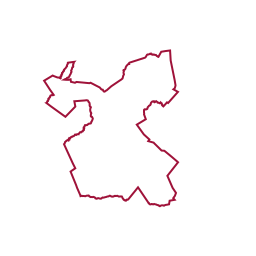 Laikipia West, Rift Valley, Kenya, rotated 240°
{"feature_id": "3690345B46461276162505", "entity_name": "Laikipia West", "entity_type": "district", "adm_level": 2, "iso_a3": "KEN", "parent_name": "Kenya", "parent_adm1": "Rift Valley", "projection": "robinson", "projection_center": [36.893, -0.075], "detail": "fine", "context": "isolated", "style": "outline", "palette": "rose", "viewbox_px": 256, "rotation_deg": 240, "n_neighbors": 0, "source": "geoboundaries", "source_scale": "gbopen_adm2", "svg_char_len": 5769}
<svg xmlns="http://www.w3.org/2000/svg" viewBox="0 0 256 256"><g transform="rotate(240 128 128)"><path d="M211.1,89.0L210.9,79.0L199.9,79.6L193.8,80.2L193.9,79.4L194.3,79.3L194.5,79.0L194.5,78.6L194.8,78.0L194.7,77.6L194.8,77.0L194.5,76.6L194.0,76.2L194.0,75.8L193.8,75.6L193.5,75.5L193.4,75.1L193.4,74.3L193.2,74.1L193.1,73.8L192.9,73.9L192.3,73.6L192.2,73.2L192.2,72.9L192.0,72.7L191.7,72.1L191.3,72.0L191.3,71.6L191.4,71.3L190.9,70.9L190.6,70.3L190.3,70.3L190.4,69.9L185.0,72.2L169.0,79.4L172.9,93.1L178.0,94.9L173.4,104.5L172.9,105.8L172.2,106.7L171.8,107.0L170.2,106.9L170.0,107.1L169.1,107.2L167.6,106.7L167.4,106.4L166.6,106.0L165.7,105.8L165.3,106.2L164.5,106.2L164.2,105.9L163.9,105.3L162.6,104.3L161.7,103.9L160.6,103.6L160.0,103.7L159.2,103.6L159.1,103.3L157.1,101.8L156.6,101.7L156.2,101.8L155.9,102.0L155.8,102.3L155.5,102.4L153.9,102.3L153.4,101.9L152.5,100.8L151.9,99.9L151.8,99.4L151.2,99.0L150.6,98.1L150.7,97.6L151.3,96.4L151.2,96.2L151.2,95.3L151.3,94.9L151.2,94.6L151.0,94.3L151.1,93.7L151.9,92.3L151.6,92.1L151.4,91.3L151.2,91.1L150.9,91.0L150.8,90.1L150.6,89.8L149.9,89.6L149.6,89.7L149.4,89.1L149.2,89.1L149.1,89.4L148.7,89.1L148.7,88.9L148.3,88.8L148.2,88.3L148.4,88.1L148.3,87.7L147.7,87.1L147.7,86.7L148.1,86.0L148.1,85.8L147.7,85.1L148.3,84.4L148.2,84.1L147.6,82.3L147.3,82.1L147.9,81.2L147.9,80.8L148.1,80.4L147.9,80.2L147.8,79.9L148.0,79.6L148.6,79.2L148.8,78.8L148.6,78.4L148.4,78.2L148.1,76.9L148.2,76.7L148.5,75.8L148.3,75.6L148.3,75.1L148.6,74.6L148.6,74.2L148.5,73.5L147.9,72.8L148.0,72.3L148.4,72.3L148.6,72.1L148.3,71.8L148.3,71.4L148.1,71.1L147.6,71.4L147.2,71.3L147.3,70.5L147.0,70.2L147.7,69.8L147.8,69.6L147.7,68.9L147.8,68.7L147.7,68.0L147.5,67.8L147.4,66.8L147.3,66.4L146.7,65.9L146.2,65.3L146.0,64.5L124.8,62.5L119.5,62.2L119.0,56.5L104.4,54.5L101.8,54.0L93.8,53.1L92.7,52.8L92.5,53.4L92.5,54.0L92.0,54.5L91.7,54.7L91.2,55.8L90.3,56.8L90.1,58.2L89.2,60.2L88.9,60.3L88.5,60.2L88.2,60.3L87.9,60.6L87.0,60.9L86.5,61.9L86.1,62.3L85.8,63.0L85.8,63.4L84.7,64.4L83.8,64.8L83.6,64.6L83.3,64.6L82.4,65.5L82.3,66.0L82.3,66.8L82.2,67.1L80.8,68.5L80.3,69.3L80.4,69.7L80.3,70.0L80.5,70.7L80.5,71.3L79.9,72.0L79.5,73.7L79.2,74.5L79.0,75.9L78.7,76.4L78.5,77.1L78.5,77.7L78.6,78.1L78.2,78.7L77.6,79.1L77.2,79.2L77.0,79.3L76.4,80.3L76.1,80.5L75.9,81.5L76.0,82.1L75.9,82.4L75.7,82.6L75.7,82.9L75.4,83.1L75.1,83.6L74.8,84.4L74.6,84.9L74.3,85.1L73.3,85.7L72.7,86.7L72.7,87.0L72.4,87.3L71.8,88.4L70.7,88.4L69.7,88.2L69.2,88.3L68.8,88.5L68.0,88.4L67.8,88.5L67.0,89.3L66.7,89.2L66.3,89.6L66.1,89.8L66.5,90.5L66.6,91.1L66.2,91.5L66.3,91.8L66.0,92.4L71.6,107.0L53.2,108.3L52.9,108.5L52.6,108.3L52.3,108.5L52.0,108.4L50.8,108.9L50.5,109.5L50.4,109.8L50.5,110.2L50.3,110.5L49.7,111.3L49.3,111.5L49.2,112.0L49.2,112.4L49.1,112.7L48.8,112.9L47.5,114.3L47.2,114.4L46.7,114.9L46.2,115.3L45.8,115.9L45.0,116.0L44.4,116.4L44.3,116.6L44.4,117.3L44.3,118.2L44.0,118.8L43.7,119.4L43.2,120.0L42.9,120.1L42.7,120.4L42.8,120.7L42.7,121.0L42.7,121.8L42.0,123.6L41.4,125.4L44.2,127.7L42.5,132.5L44.6,132.1L45.8,134.7L47.8,137.1L53.9,136.7L66.9,138.2L73.3,154.2L80.2,151.8L90.1,148.1L91.7,145.8L101.5,143.1L102.5,142.9L106.5,139.0L107.4,140.8L114.5,138.5L126.5,137.3L126.7,147.8L131.8,148.7L132.5,149.3L133.6,149.7L135.5,150.8L135.6,151.2L135.8,151.3L135.9,151.7L135.7,152.0L135.1,152.7L135.2,153.0L134.9,153.8L134.9,154.1L135.0,154.4L136.1,155.4L136.2,155.6L136.3,156.3L136.7,157.1L136.8,158.1L136.7,158.5L137.0,159.3L137.8,159.9L138.4,160.7L138.8,162.2L138.5,163.3L138.1,163.9L137.4,163.6L137.1,163.7L137.0,164.0L137.1,164.3L137.0,164.7L137.2,165.0L137.0,165.4L137.1,165.8L136.6,166.0L135.6,166.5L135.2,166.4L135.1,166.7L133.6,167.8L133.8,168.7L133.5,168.6L133.1,168.9L133.2,169.2L132.5,169.5L132.3,169.2L131.9,169.2L131.5,169.2L131.0,168.9L130.5,169.0L130.7,169.3L129.9,169.7L129.1,169.6L129.2,170.1L130.7,174.6L129.6,175.2L134.3,189.3L138.8,186.7L139.0,188.1L139.2,188.5L140.7,190.1L141.2,190.5L146.3,192.4L165.1,198.7L174.1,203.2L175.9,198.9L177.4,194.9L174.4,189.9L174.7,189.6L175.3,189.6L175.7,189.1L176.1,188.9L177.3,188.7L177.8,187.9L178.3,187.4L178.6,187.3L178.8,187.1L178.9,186.2L179.2,186.0L179.6,185.9L179.7,185.6L179.9,185.4L180.0,185.1L180.5,184.8L181.0,185.0L181.3,184.2L181.2,183.8L181.5,182.3L181.9,181.7L181.9,181.1L180.5,178.6L180.4,177.9L183.8,162.1L183.8,161.7L183.3,160.7L183.0,160.7L183.2,160.3L183.1,159.6L182.7,158.3L182.4,157.5L181.7,156.4L180.6,155.4L180.2,154.5L180.2,154.1L180.4,153.3L180.3,152.9L179.9,152.8L179.2,152.8L179.0,152.6L178.5,152.0L177.8,151.6L176.6,151.4L176.4,151.2L175.5,149.8L174.9,149.3L173.6,148.0L173.5,147.7L173.5,147.1L173.3,146.3L173.3,145.6L172.5,134.4L171.3,128.4L171.3,127.9L171.4,127.2L171.2,126.6L171.2,125.9L171.6,125.4L171.9,125.3L172.2,125.2L173.8,125.3L174.5,124.4L175.0,124.2L177.2,123.8L185.6,118.4L185.9,118.2L186.1,117.0L193.5,106.6L193.7,106.3L193.6,105.2L193.7,104.8L193.8,104.6L196.5,101.7L198.9,102.6L199.2,101.2L199.6,100.3L200.5,98.8L201.8,96.9L201.8,97.6L201.6,98.0L201.7,98.3L201.5,99.0L201.4,99.4L201.9,100.3L201.9,100.7L201.5,101.5L201.5,101.9L202.0,102.9L202.1,103.2L202.5,103.5L203.7,105.6L204.5,106.4L204.8,107.1L205.2,107.3L205.9,107.3L206.1,107.4L206.7,108.4L207.3,109.1L208.2,109.9L208.4,110.2L208.3,110.9L208.5,111.2L209.1,111.6L210.0,111.8L210.4,112.4L210.8,112.6L211.1,113.2L211.4,113.4L211.7,113.4L211.9,113.7L212.2,114.5L214.6,108.6L214.4,108.3L213.7,108.0L213.1,106.9L212.7,106.3L212.0,106.1L211.8,105.7L211.6,104.9L211.0,103.9L210.8,102.7L210.6,102.5L210.4,101.6L209.9,101.4L209.8,101.1L209.5,101.1L209.2,100.2L209.3,99.8L208.6,99.2L208.7,98.4L208.1,97.9L207.6,97.8L207.4,96.9L206.8,96.8L206.3,96.3L206.2,96.0L206.1,95.7L206.4,95.4L206.2,95.1L204.9,94.8L204.7,94.4L205.5,93.8L206.1,93.5L207.1,92.1L210.2,89.6L211.1,89.0Z" fill="none" stroke="#9f1239" stroke-width="2"/></g></svg>